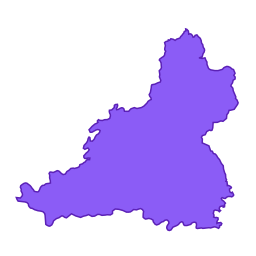 Corumbaíba, Goiás, Brazil, rotated 2°
{"feature_id": "56859067B1207284648191", "entity_name": "Corumbaíba", "entity_type": "district", "adm_level": 2, "iso_a3": "BRA", "parent_name": "Brazil", "parent_adm1": "Goiás", "projection": "mercator", "projection_center": [-48.545, -18.11], "detail": "fine", "context": "isolated", "style": "filled", "palette": "violet", "viewbox_px": 256, "rotation_deg": 2, "n_neighbors": 0, "source": "geoboundaries", "source_scale": "gbopen_adm2", "svg_char_len": 5430}
<svg xmlns="http://www.w3.org/2000/svg" viewBox="0 0 256 256"><g transform="rotate(2 128 128)"><path d="M222.0,225.1L223.0,223.8L223.0,222.3L224.4,221.9L225.1,220.3L224.0,219.2L222.6,219.5L221.2,219.6L220.2,220.2L220.1,218.7L220.5,217.6L221.3,216.2L221.1,214.7L219.6,214.3L218.4,214.5L216.7,214.0L217.0,212.7L216.8,211.5L216.2,210.4L216.5,209.2L216.8,207.6L218.0,206.9L219.4,207.2L221.1,207.4L222.2,208.5L223.4,207.3L222.3,206.5L222.0,204.9L222.8,203.3L224.4,202.8L225.7,202.6L225.9,203.8L227.2,203.4L227.3,202.2L227.1,201.0L228.0,199.7L227.1,198.8L226.1,197.7L225.1,197.1L224.2,196.4L223.7,195.2L224.5,194.3L226.5,195.0L227.8,195.0L228.8,193.9L230.3,193.0L231.7,192.9L232.9,192.9L234.0,193.2L235.1,192.6L236.0,191.3L235.3,189.9L234.5,188.5L233.5,189.2L232.1,188.3L231.6,186.6L231.6,185.3L232.9,184.8L233.4,183.7L232.6,182.9L231.6,182.4L230.4,181.9L229.3,182.1L229.1,180.1L228.8,178.2L227.7,177.9L228.3,176.2L227.5,174.8L227.1,171.0L226.2,169.5L224.9,165.6L224.5,162.4L222.5,160.1L220.5,156.3L218.7,154.4L217.5,152.4L216.2,151.0L214.2,150.5L213.1,148.3L211.4,148.0L209.5,143.0L202.7,140.3L202.7,136.4L201.7,134.7L202.6,133.0L205.4,132.0L206.8,128.8L209.5,127.2L211.0,127.7L212.1,127.2L212.7,124.9L212.9,119.5L217.2,119.2L220.5,117.7L222.7,118.0L226.1,115.0L226.3,111.3L227.7,109.4L228.4,106.8L229.7,106.7L231.9,106.1L233.5,105.6L236.7,100.5L237.2,99.0L235.9,96.1L234.4,94.7L234.7,93.2L231.9,87.2L231.4,84.6L230.7,83.7L229.4,82.5L229.7,81.1L230.9,79.2L231.4,76.6L233.3,75.3L233.3,73.3L231.9,71.7L233.1,69.6L231.4,65.9L229.9,65.4L228.1,63.9L226.0,63.1L224.6,63.0L222.5,63.9L221.6,64.5L220.3,66.1L216.0,67.5L212.7,67.6L208.7,67.0L207.2,66.3L206.3,65.4L204.7,61.6L204.6,59.3L203.5,57.6L202.5,55.2L199.8,55.9L196.5,55.5L199.6,54.3L200.5,50.9L201.3,49.8L201.8,47.8L201.6,46.4L200.4,44.7L199.7,41.9L198.8,41.0L198.4,39.9L198.1,38.1L197.2,36.1L196.4,35.2L195.3,34.5L193.6,32.5L191.8,33.1L191.2,34.5L189.9,35.0L189.1,33.2L187.7,31.9L186.7,31.7L185.4,32.1L185.3,30.7L184.9,28.9L183.3,27.3L182.2,27.0L182.5,28.8L180.9,29.6L180.3,31.4L179.4,32.3L178.5,33.8L177.5,34.7L176.8,36.2L175.4,36.8L173.5,37.5L172.0,38.8L170.3,37.8L167.7,37.3L166.5,38.9L165.2,38.5L164.8,39.8L163.0,40.2L161.6,41.3L162.1,43.0L162.5,44.5L162.0,46.9L162.0,48.6L163.0,49.9L162.2,51.8L162.0,53.8L161.1,55.2L159.6,56.2L157.3,58.0L156.9,59.0L157.8,59.9L158.8,61.8L159.0,63.9L159.3,66.4L158.9,67.7L157.2,69.7L157.8,72.8L157.9,73.9L157.6,75.8L159.1,79.2L158.7,80.9L156.4,81.7L153.5,83.2L150.4,83.9L149.9,85.0L149.8,87.1L149.1,91.7L148.0,93.9L148.6,95.5L149.9,97.1L150.2,98.7L148.6,99.5L147.1,100.7L146.1,102.4L143.1,105.6L140.7,107.1L136.3,108.2L133.6,107.4L130.3,108.7L129.0,110.1L128.1,111.3L123.9,111.4L123.2,109.0L122.1,108.1L120.8,108.0L119.0,108.8L117.6,109.8L116.0,110.1L115.7,108.8L116.4,107.8L116.9,106.1L116.6,104.7L114.6,105.0L113.6,105.8L113.5,108.0L111.1,110.5L108.8,110.9L108.7,112.2L109.1,113.7L109.8,115.0L110.0,116.6L109.4,119.0L107.1,120.3L104.4,120.5L102.1,121.4L99.5,121.3L98.2,120.7L97.1,122.1L97.8,123.4L96.4,124.5L94.8,125.2L92.0,127.7L90.7,129.3L89.1,131.1L90.4,133.6L92.1,133.5L95.9,131.2L97.5,130.6L99.1,130.8L100.2,131.5L99.8,133.2L98.6,134.9L96.8,136.0L95.6,137.9L94.6,140.4L92.8,142.4L90.8,142.3L90.3,139.0L89.4,138.4L88.6,139.7L88.1,142.2L87.1,144.2L84.7,146.9L84.1,149.8L85.6,150.8L87.0,150.1L88.6,149.4L90.0,151.0L88.8,153.0L86.9,154.7L86.1,155.8L84.8,157.3L84.9,158.8L85.7,159.9L87.2,159.9L89.2,159.4L90.9,159.4L90.7,161.0L88.7,161.0L87.6,161.6L86.4,163.4L85.1,164.1L83.9,165.3L81.2,166.3L80.7,168.3L79.1,169.3L75.8,170.3L74.7,170.0L72.3,170.4L70.7,172.1L68.4,173.7L67.0,176.2L64.8,176.8L62.9,175.7L61.8,174.6L60.3,173.4L58.7,173.1L56.5,174.3L54.7,175.1L53.3,174.8L51.7,174.7L50.7,176.1L51.4,177.9L51.4,180.6L52.2,183.3L52.4,185.7L51.0,186.1L48.8,186.4L47.6,186.8L46.3,188.1L44.4,188.4L43.2,189.6L42.5,190.6L42.1,191.8L41.7,192.9L41.0,194.3L40.2,195.0L39.1,195.0L36.6,194.6L35.7,193.1L34.2,191.5L33.2,190.1L32.2,189.0L28.9,186.7L27.6,186.5L26.1,186.9L24.3,188.1L22.8,189.4L22.5,191.0L23.5,192.9L23.3,194.6L24.6,196.9L24.9,198.6L24.4,199.8L22.9,201.7L18.8,201.4L19.6,203.3L20.7,204.9L27.8,205.5L29.7,206.1L31.0,207.3L31.4,209.2L32.1,210.2L33.3,211.4L35.2,211.7L37.5,212.9L39.0,213.3L40.8,213.8L43.7,214.1L45.9,214.6L47.7,216.3L48.2,218.2L49.2,227.2L50.4,228.0L52.0,228.7L53.3,228.8L55.2,227.5L56.2,225.5L56.9,223.3L59.7,221.0L62.1,220.1L64.7,218.2L65.9,218.2L68.1,219.6L69.7,219.9L74.5,215.7L76.0,216.4L78.8,217.7L83.8,219.0L86.5,217.7L89.2,217.0L91.6,215.9L95.1,217.6L97.8,217.2L100.7,215.4L102.6,215.4L105.0,216.2L106.6,216.0L108.4,215.8L110.2,215.4L113.4,215.5L115.5,214.1L115.4,211.5L118.1,209.4L121.7,209.6L125.8,210.6L129.3,212.1L131.1,212.1L133.2,211.8L134.8,210.7L136.4,209.3L139.5,209.5L141.3,208.7L143.4,208.1L145.3,209.0L146.5,210.8L146.2,213.0L146.2,216.6L147.5,217.8L148.8,218.4L152.0,217.6L154.5,218.2L156.3,219.3L156.5,220.8L158.4,223.2L160.0,223.9L162.3,223.0L163.8,221.6L165.1,220.7L166.6,220.3L168.1,218.9L170.0,218.5L171.0,219.1L171.9,220.1L172.2,221.7L170.9,223.8L170.4,224.8L170.2,226.0L170.4,227.1L171.3,228.5L172.8,229.0L174.5,228.4L176.4,225.5L180.1,223.8L181.7,222.7L183.3,220.7L184.9,219.8L186.1,220.3L187.1,222.8L188.1,223.5L190.3,223.4L194.2,222.1L194.7,221.1L196.3,220.1L197.6,219.8L199.1,220.1L199.8,221.6L199.8,223.4L199.5,224.6L199.8,225.7L200.9,226.0L204.9,225.3L206.3,225.7L212.4,224.8L214.0,225.0L217.6,223.8L219.0,223.9L220.6,224.5L222.0,225.1Z" fill="#8b5cf6" stroke="#5b21b6" stroke-width="1.5"/></g></svg>